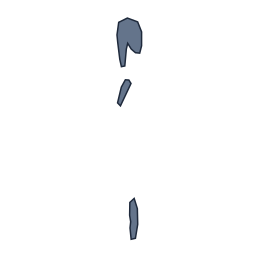 SVG path tracing the border of Ragged Island, rotated 202°
{"feature_id": "BHS-5034", "entity_name": "Ragged Island", "entity_type": "District", "adm_level": 1, "iso_a3": "BHS", "parent_name": "The Bahamas", "parent_adm1": "", "projection": "albers", "projection_center": [-75.761, 22.282], "detail": "fine", "context": "isolated", "style": "filled", "palette": "slate", "viewbox_px": 256, "rotation_deg": 202, "n_neighbors": 0, "source": "natural_earth", "source_scale": "10m", "svg_char_len": 549}
<svg xmlns="http://www.w3.org/2000/svg" viewBox="0 0 256 256"><g transform="rotate(202 128 128)"><path d="M169.7,203.7L173.1,210.2L176.2,222.5L169.8,229.7L158.8,230.0L151.4,222.2L146.2,209.3L145.2,201.8L149.3,200.6L154.6,202.4L160.0,206.4L159.1,200.5L154.2,184.3L157.1,182.4L161.4,188.7L169.7,203.7ZM90.4,42.1L93.8,47.7L98.4,59.7L95.9,65.0L89.1,56.7L82.9,42.3L79.8,28.5L83.4,26.0L88.7,36.1L90.4,42.1ZM148.5,171.7L145.2,172.8L141.9,170.4L143.3,145.7L147.1,147.4L149.5,163.4L148.5,171.7Z" fill="#64748b" stroke="#1e293b" stroke-width="1.5"/></g></svg>